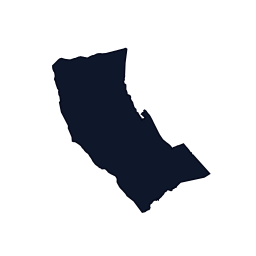 Santa Ana Tlapacoyan, Oaxaca, Mexico (orthographic projection), rotated 21°
{"feature_id": "50627088B51283651622115", "entity_name": "Santa Ana Tlapacoyan", "entity_type": "district", "adm_level": 2, "iso_a3": "MEX", "parent_name": "Mexico", "parent_adm1": "Oaxaca", "projection": "orthographic", "projection_center": [-96.856, 16.745], "detail": "fine", "context": "isolated", "style": "filled", "palette": "ink", "viewbox_px": 256, "rotation_deg": 21, "n_neighbors": 0, "source": "geoboundaries", "source_scale": "gbopen_adm2", "svg_char_len": 4335}
<svg xmlns="http://www.w3.org/2000/svg" viewBox="0 0 256 256"><g transform="rotate(21 128 128)"><path d="M181.9,184.0L181.7,183.5L181.9,183.3L182.2,182.6L182.5,182.1L182.6,181.6L183.1,180.9L183.4,180.3L183.7,179.2L184.2,178.0L184.5,177.4L184.7,176.5L184.8,175.7L184.8,174.9L185.0,174.4L185.4,174.0L185.9,173.7L186.1,173.2L186.3,172.7L186.4,172.1L186.7,171.5L187.0,171.2L187.6,171.1L188.2,171.0L188.8,170.9L189.5,171.0L190.1,171.0L190.6,170.9L191.0,170.6L191.2,170.2L191.2,169.8L191.0,169.5L190.9,169.0L191.1,168.5L191.7,168.3L192.2,168.0L192.5,167.6L192.7,167.0L193.1,166.5L193.7,166.2L194.1,165.8L194.0,165.3L194.1,164.6L196.3,159.7L216.4,146.6L216.8,146.3L220.5,141.4L199.0,130.4L198.7,130.3L198.2,130.0L197.6,130.4L196.9,129.9L196.0,128.6L195.6,128.7L195.3,128.9L194.8,128.6L192.2,126.8L191.8,126.6L190.1,125.6L188.6,124.9L188.1,124.6L185.5,123.1L185.4,123.2L183.7,124.8L182.8,125.6L181.4,126.8L181.0,127.2L180.8,127.1L180.4,127.5L179.2,128.8L178.3,129.5L177.4,130.3L176.6,131.8L175.9,131.2L175.1,130.5L173.3,129.5L172.2,129.1L170.3,128.5L170.2,128.6L169.9,128.5L165.5,127.0L164.4,126.6L159.4,123.1L158.8,122.5L157.4,121.3L157.0,120.9L154.7,118.8L149.1,113.7L147.9,112.5L144.7,109.7L143.2,108.6L142.7,108.3L142.0,108.0L140.1,106.9L139.4,106.4L138.9,106.0L138.1,105.7L137.1,105.4L137.0,105.5L136.7,106.3L137.6,107.4L137.3,107.7L137.2,108.0L136.8,108.3L136.7,108.4L136.4,108.5L136.2,108.6L136.1,108.8L136.0,109.2L135.7,110.2L136.2,110.3L136.8,110.5L137.3,110.7L138.0,111.1L138.6,111.2L138.9,111.3L139.3,111.5L139.7,111.7L140.4,111.9L139.8,113.9L138.9,114.2L138.6,114.4L138.3,114.5L138.2,114.8L138.2,115.5L137.7,115.2L137.3,115.0L137.2,114.9L136.8,114.7L136.7,114.6L136.6,114.1L134.2,112.7L134.0,112.4L133.6,112.1L133.2,111.9L132.8,111.8L132.7,111.6L132.3,111.1L132.2,111.0L132.0,110.6L129.9,110.2L129.2,109.4L129.1,108.8L128.7,108.1L128.3,107.7L128.1,107.8L126.1,106.7L123.8,103.8L123.7,103.6L123.3,103.0L123.1,102.7L122.3,102.1L122.2,102.1L121.4,101.5L120.6,101.1L120.5,100.8L120.4,100.8L119.7,100.1L119.3,98.5L119.2,98.4L119.0,97.9L118.6,97.5L117.9,97.2L116.5,97.1L115.4,97.3L115.0,97.1L114.4,95.7L113.2,94.1L111.9,93.0L111.9,92.8L110.8,89.7L110.2,88.5L109.6,88.4L108.6,88.6L108.3,88.1L108.2,87.9L108.2,87.7L108.0,87.4L107.8,87.3L107.1,86.9L107.0,86.6L107.1,85.7L107.1,85.3L107.1,85.0L107.1,84.6L107.1,84.3L106.9,84.2L106.8,83.7L106.4,82.8L106.4,82.2L106.1,80.9L106.0,80.5L105.7,80.1L101.7,68.2L98.5,54.9L97.5,54.6L96.7,55.0L96.6,55.4L80.6,66.7L79.3,67.3L78.1,67.9L77.3,68.3L75.8,68.6L73.5,69.6L72.5,70.3L71.7,71.2L70.5,72.5L70.2,72.8L69.2,73.3L68.7,73.6L68.1,74.3L67.1,75.2L66.4,76.1L65.7,77.1L63.6,77.8L62.8,77.8L61.3,78.2L60.8,78.1L59.8,78.4L58.3,78.6L57.6,79.1L56.6,79.7L56.1,80.2L55.9,80.4L54.7,81.5L54.3,82.0L52.9,82.7L52.1,83.6L51.3,84.0L50.7,84.8L48.8,85.7L44.7,86.7L41.0,87.0L39.7,88.0L38.9,89.3L36.5,94.8L35.5,96.8L36.3,98.6L37.0,99.8L38.6,101.5L39.4,101.8L40.4,103.3L41.7,105.6L42.1,108.7L42.7,109.4L43.2,109.7L44.1,110.8L45.0,112.2L48.4,116.3L50.1,117.1L50.1,117.5L50.4,118.9L51.0,120.1L51.8,121.6L53.2,122.7L55.7,127.3L55.0,128.5L60.3,136.9L71.8,147.1L72.5,149.5L73.9,150.9L79.1,156.3L80.9,160.1L81.6,160.1L82.5,159.9L83.2,159.6L84.3,159.6L85.2,159.8L86.4,160.0L87.5,160.3L88.7,160.5L89.6,160.9L90.5,161.1L91.4,161.7L92.4,162.5L93.3,162.9L94.6,163.5L95.5,164.2L96.7,164.8L97.9,165.3L100.2,165.9L101.4,166.7L102.4,167.6L103.5,168.3L104.6,169.0L105.5,169.7L106.5,170.6L107.7,171.6L109.2,172.4L110.2,173.1L111.5,173.6L113.1,174.0L114.5,174.3L114.9,174.7L116.2,174.9L117.3,174.8L118.3,175.3L118.6,175.2L119.7,174.6L120.6,174.2L121.6,174.1L123.3,174.8L124.3,175.2L124.7,175.5L125.3,175.9L126.6,176.3L127.8,176.4L128.4,176.6L129.9,176.7L131.0,176.8L132.1,176.9L133.2,177.0L134.2,177.4L136.2,179.1L136.6,180.0L136.9,180.9L137.1,181.6L137.4,182.3L138.1,182.9L138.9,183.7L139.8,184.3L140.6,185.2L141.3,185.5L141.7,186.0L142.8,186.6L143.7,187.0L145.0,187.6L145.3,187.7L146.4,188.3L147.4,188.8L148.8,189.5L149.7,190.0L151.4,191.4L159.7,193.9L171.5,201.4L173.7,199.9L174.0,199.5L174.2,199.0L174.5,198.5L174.9,198.2L175.3,197.6L175.9,197.0L176.7,196.5L177.0,195.7L176.8,194.8L176.8,194.1L175.9,193.6L175.8,191.7L175.6,190.9L176.8,189.6L176.9,188.8L177.2,188.1L177.3,187.5L177.6,186.8L178.3,185.9L179.1,185.5L179.6,185.3L180.1,185.2L180.6,185.1L180.7,183.6L181.9,184.0Z" fill="#0f172a" stroke="#020617" stroke-width="1.5"/></g></svg>